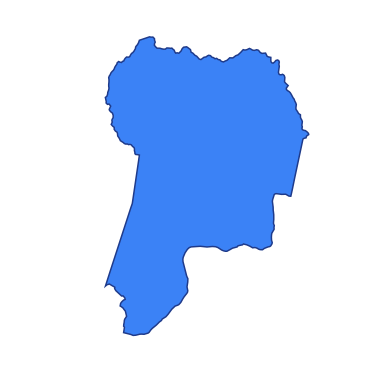 Santa Maria da Boa Vista, Pernambuco, Brazil (Robinson projection), rotated 11°
{"feature_id": "56859067B41266149437211", "entity_name": "Santa Maria da Boa Vista", "entity_type": "district", "adm_level": 2, "iso_a3": "BRA", "parent_name": "Brazil", "parent_adm1": "Pernambuco", "projection": "robinson", "projection_center": [-39.926, -8.695], "detail": "fine", "context": "isolated", "style": "filled", "palette": "blue", "viewbox_px": 384, "rotation_deg": 11, "n_neighbors": 0, "source": "geoboundaries", "source_scale": "gbopen_adm2", "svg_char_len": 4230}
<svg xmlns="http://www.w3.org/2000/svg" viewBox="0 0 384 384"><g transform="rotate(11 192 192)"><path d="M151.7,343.1L159.1,343.5L161.6,344.0L164.1,343.3L168.0,341.5L169.7,341.1L172.1,340.8L175.8,338.9L176.7,337.9L177.8,335.4L179.0,333.5L182.4,329.4L184.8,325.8L186.5,324.0L187.0,322.4L190.2,319.4L191.2,317.7L192.0,316.3L192.5,315.2L194.5,311.0L197.2,307.2L199.6,305.8L200.6,305.0L202.1,302.5L203.3,298.8L204.3,296.3L206.3,292.4L206.7,291.3L206.7,289.7L205.2,286.1L205.0,281.2L204.5,277.9L203.4,276.4L202.7,275.3L196.5,262.2L195.9,260.0L195.8,258.0L196.0,256.8L196.8,253.0L198.4,249.2L199.6,247.5L200.5,246.7L201.8,246.0L210.5,243.7L217.2,243.1L222.4,241.6L225.7,241.2L228.1,241.6L232.2,243.3L234.1,243.7L236.2,243.8L237.6,243.5L240.3,241.3L242.5,239.4L246.8,237.3L247.5,236.0L248.8,235.4L251.7,234.2L252.4,233.2L255.9,233.4L259.0,234.1L262.2,235.2L264.0,234.6L265.1,234.5L266.4,234.7L268.3,235.4L269.9,235.6L272.3,235.2L273.5,233.8L274.6,233.0L276.3,231.9L277.5,231.2L278.8,230.7L279.6,229.8L280.4,227.6L280.4,226.3L279.3,224.2L278.6,221.4L278.3,219.3L278.2,217.3L279.7,212.9L279.2,210.9L279.2,209.3L278.1,207.6L277.8,206.2L277.5,203.3L276.6,198.8L275.7,195.9L275.2,194.5L274.5,191.3L272.7,185.9L272.6,184.2L273.2,178.8L274.2,177.8L275.4,177.5L280.5,177.2L284.4,176.3L287.9,177.5L289.8,177.3L289.9,174.1L290.0,169.7L290.1,158.8L290.8,118.9L291.9,117.8L293.6,117.1L293.8,115.2L295.6,113.4L295.1,112.2L293.6,111.1L291.6,110.1L289.8,110.1L288.4,109.7L287.7,108.3L287.9,107.1L287.1,105.5L286.9,101.9L286.1,100.5L284.8,99.0L284.2,97.9L283.7,95.5L281.6,94.6L280.3,93.0L278.3,91.0L277.9,89.3L277.7,86.2L276.7,84.5L275.6,83.2L274.5,81.3L273.2,80.2L270.8,77.2L269.4,75.7L268.0,74.8L266.3,74.2L265.1,73.3L264.8,72.0L266.1,69.2L263.1,67.3L261.8,66.2L261.3,61.9L260.4,60.2L259.4,59.5L258.3,59.2L257.3,59.9L255.9,60.1L254.8,59.6L254.0,58.0L253.7,52.0L252.9,49.9L252.9,47.8L252.0,46.4L250.7,46.1L249.2,46.9L248.3,48.6L247.1,50.0L245.8,50.0L244.7,49.1L244.3,48.0L243.7,44.8L241.2,44.8L239.8,44.4L239.1,43.4L237.7,41.6L234.2,42.6L232.3,42.0L230.2,40.2L228.4,40.0L226.2,41.1L224.4,41.2L222.6,40.5L221.0,40.1L218.9,41.7L217.4,42.4L216.3,42.6L215.1,42.5L213.2,45.6L211.0,48.6L209.0,49.8L206.5,52.6L203.4,53.1L202.7,54.1L201.3,56.0L199.3,57.3L198.1,58.3L196.2,58.2L194.9,57.6L194.2,56.9L192.4,57.0L190.7,56.1L189.1,56.8L187.5,56.0L185.9,55.9L184.1,54.6L182.3,54.6L181.2,55.4L180.0,56.7L178.0,57.5L175.5,60.3L173.7,60.1L170.7,57.8L168.7,57.2L166.5,55.6L164.4,54.9L163.3,52.5L160.3,51.0L159.0,50.5L156.1,51.5L155.0,53.2L154.4,55.6L153.6,56.8L152.6,58.3L150.8,58.2L149.5,58.8L148.2,57.5L147.5,56.2L145.8,55.3L144.8,54.6L143.7,55.0L142.2,55.1L139.8,55.4L138.6,56.8L136.9,57.2L135.0,57.2L133.4,57.0L132.3,57.1L130.3,57.5L128.7,56.5L127.1,55.2L126.9,53.4L127.3,51.9L126.3,50.2L125.9,48.6L124.1,47.4L122.3,47.8L120.7,47.8L111.4,53.1L111.0,55.8L110.3,57.9L109.5,59.2L109.0,60.4L109.1,62.1L108.6,63.5L108.1,65.0L107.2,66.6L106.2,67.5L105.4,69.6L105.0,71.1L103.8,71.8L102.0,72.0L101.0,73.4L100.4,74.7L100.0,76.4L98.8,77.1L98.1,78.3L96.5,78.3L95.1,77.9L93.9,79.4L93.8,81.0L93.1,82.4L92.4,84.3L92.1,86.2L91.6,87.5L90.5,89.1L89.7,90.6L89.3,92.5L88.7,93.8L88.4,95.6L89.1,97.7L89.5,99.9L89.7,102.3L90.1,104.3L90.7,105.8L90.7,107.8L90.3,110.3L90.5,112.2L90.1,114.4L88.9,115.7L90.6,119.7L90.7,121.0L92.3,122.1L93.8,121.5L95.8,123.2L95.0,126.7L95.5,127.7L97.1,128.9L98.8,129.7L100.0,131.8L100.4,134.0L99.7,136.1L99.8,137.5L100.4,138.5L99.8,141.1L101.6,142.5L103.3,143.4L103.7,145.4L105.3,146.9L106.9,147.5L107.6,148.6L108.4,151.2L110.1,152.9L110.9,153.9L111.9,155.3L115.2,156.6L116.2,157.3L117.7,157.6L119.5,157.2L120.7,157.6L122.0,157.1L123.5,157.3L124.9,158.6L126.6,159.4L127.3,160.7L127.6,162.5L128.3,163.8L128.7,165.3L129.6,165.9L131.5,165.7L133.3,165.8L133.4,167.2L133.5,169.7L133.6,171.2L135.6,214.7L134.9,219.6L126.7,286.4L125.0,300.8L126.2,299.3L128.5,298.1L131.5,299.2L134.4,300.2L134.5,301.6L136.1,303.4L142.7,307.5L144.3,307.2L146.2,308.7L146.9,310.2L145.5,311.1L144.7,312.2L143.9,313.4L143.2,314.9L143.2,317.6L144.6,318.1L146.5,319.1L147.8,320.4L149.2,321.5L149.9,322.9L151.5,326.5L151.1,327.6L150.2,329.7L150.1,331.3L150.3,332.8L150.3,335.1L150.5,336.8L151.5,337.6L151.6,340.2L151.7,343.1Z" fill="#3b82f6" stroke="#1e3a8a" stroke-width="1.5"/></g></svg>